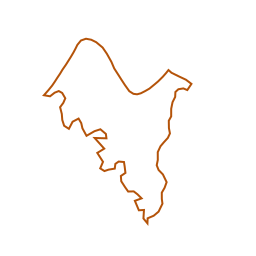 Barra do Guarita, Rio Grande do Sul, Brazil, rotated 345°
{"feature_id": "56859067B90277540164960", "entity_name": "Barra do Guarita", "entity_type": "district", "adm_level": 2, "iso_a3": "BRA", "parent_name": "Brazil", "parent_adm1": "Rio Grande do Sul", "projection": "robinson", "projection_center": [-53.764, -27.213], "detail": "fine", "context": "isolated", "style": "outline", "palette": "amber", "viewbox_px": 256, "rotation_deg": 345, "n_neighbors": 0, "source": "geoboundaries", "source_scale": "gbopen_adm2", "svg_char_len": 1416}
<svg xmlns="http://www.w3.org/2000/svg" viewBox="0 0 256 256"><g transform="rotate(345 128 128)"><path d="M55.3,74.6L60.9,77.2L66.3,74.9L70.7,74.4L73.5,77.1L75.1,83.1L72.0,87.0L67.8,90.3L67.7,97.3L66.6,103.2L66.9,109.3L70.7,113.5L76.1,107.6L82.7,106.1L84.1,111.2L83.9,116.5L85.9,124.8L94.9,122.4L101.0,122.1L105.1,128.0L104.5,132.4L93.2,129.0L99.7,141.8L91.9,144.1L95.1,154.2L90.7,159.8L94.1,163.5L98.5,163.2L104.7,163.8L106.5,159.4L110.3,158.0L115.3,159.8L114.8,164.4L113.9,170.7L108.7,172.5L107.7,177.7L109.8,184.2L111.7,189.4L117.1,190.7L120.0,194.5L122.9,199.5L115.8,200.1L117.2,210.3L122.2,211.3L119.5,219.4L122.1,225.1L123.6,220.3L130.1,219.4L135.9,216.7L141.7,210.0L142.3,205.3L143.9,199.2L147.9,195.2L151.3,190.3L149.7,181.9L146.7,176.5L146.1,171.4L148.5,166.6L150.5,159.0L154.7,154.0L158.9,151.1L163.9,147.9L167.1,144.1L167.5,138.7L169.3,131.5L172.7,128.0L174.7,120.6L177.7,114.6L181.6,110.2L183.1,105.5L186.7,103.6L191.7,104.1L195.1,106.7L200.7,101.8L196.5,96.4L190.7,91.5L184.3,85.9L182.1,82.5L179.1,84.7L174.9,87.5L169.1,90.8L165.3,92.6L158.9,95.5L154.0,96.8L149.3,97.8L145.5,97.8L142.1,96.4L138.8,92.8L136.1,85.6L134.2,79.8L132.7,75.0L130.1,66.9L129.1,59.9L126.8,50.8L124.3,43.7L119.5,36.9L115.3,33.2L110.5,30.9L105.2,31.3L100.6,34.6L97.7,37.9L94.9,40.9L90.9,44.8L84.4,50.8L79.8,54.7L76.6,57.8L72.5,61.4L69.2,64.4L65.7,67.4L61.0,70.8L55.3,74.6Z" fill="none" stroke="#b45309" stroke-width="2"/></g></svg>